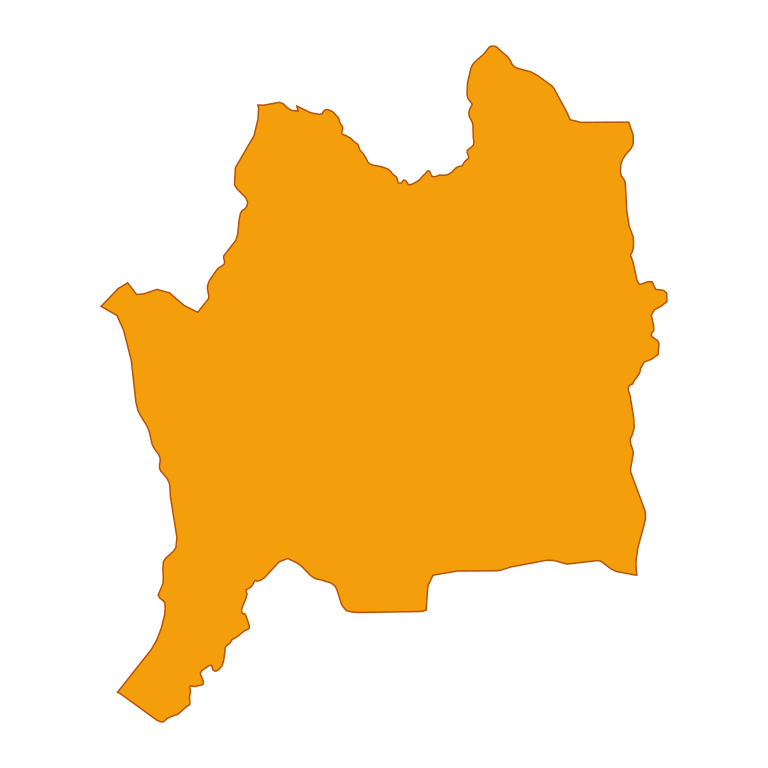 the Department of Dix-Huit Montagnes
{"feature_id": "CIV-3441", "entity_name": "Dix-Huit Montagnes", "entity_type": "Department", "adm_level": 1, "iso_a3": "CIV", "parent_name": "Ivory Coast", "parent_adm1": "", "projection": "robinson", "projection_center": [-7.745, 7.377], "detail": "fine", "context": "isolated", "style": "filled", "palette": "amber", "viewbox_px": 768, "rotation_deg": 0, "n_neighbors": 0, "source": "natural_earth", "source_scale": "10m", "svg_char_len": 4795}
<svg xmlns="http://www.w3.org/2000/svg" viewBox="0 0 768 768"><path d="M298.0,111.0L296.8,106.0L303.9,109.5L310.8,112.8L319.6,114.4L322.1,113.9L323.4,111.5L325.0,109.9L327.7,109.5L332.6,111.6L338.0,117.3L338.3,117.6L339.0,119.5L339.5,121.5L340.3,123.5L342.5,126.6L342.8,128.5L342.4,130.2L341.7,131.9L341.9,133.6L343.2,134.7L345.9,135.5L347.7,136.7L349.7,137.6L351.3,138.8L354.0,141.6L355.7,142.9L357.7,144.1L358.6,146.2L359.3,148.5L360.2,150.5L362.9,153.3L364.0,154.9L367.1,160.3L367.9,162.1L369.9,164.0L373.8,165.3L381.5,166.7L387.9,169.0L390.7,171.4L392.3,173.7L393.9,175.2L396.0,176.6L397.1,178.5L398.2,182.6L399.6,183.4L401.1,183.0L403.8,179.9L405.4,180.4L406.5,181.7L407.6,183.4L408.7,184.7L410.7,184.6L413.3,183.6L419.1,180.2L423.2,175.5L425.2,173.9L426.4,172.2L427.6,170.9L428.8,170.8L430.1,172.2L430.9,174.4L431.9,176.2L433.6,176.7L436.4,176.4L439.7,174.9L442.9,175.3L445.7,175.1L448.3,174.4L452.0,172.0L455.7,168.1L457.2,167.1L459.2,166.3L461.6,166.2L463.2,164.1L464.3,162.2L465.6,160.7L466.8,159.6L468.1,158.7L468.8,157.4L468.4,155.8L467.7,154.1L467.1,152.3L467.3,150.6L468.6,149.2L470.6,147.8L473.2,145.3L473.9,143.1L473.8,140.8L473.3,138.5L472.9,125.2L472.5,123.3L472.1,122.0L469.7,117.4L469.4,116.6L469.0,115.1L468.9,112.7L469.3,110.4L470.0,108.5L471.7,105.6L472.1,104.8L471.9,104.0L471.3,102.9L469.1,100.1L468.0,98.4L467.3,96.2L467.0,93.6L467.5,82.9L470.9,68.4L472.2,65.5L473.0,64.2L474.1,62.8L476.8,60.1L482.7,55.1L485.3,52.3L487.6,49.1L489.0,47.5L491.0,46.2L494.3,46.1L496.9,47.1L502.7,52.7L506.7,55.9L508.6,58.1L510.1,60.1L511.9,63.9L513.1,65.6L515.1,67.2L518.0,68.5L531.2,72.0L537.5,75.5L551.4,85.5L552.8,86.9L554.0,88.6L566.7,111.9L570.1,119.7L581.2,122.4L628.7,122.1L633.3,135.3L633.2,144.0L630.7,149.1L626.9,153.1L623.0,158.6L621.6,161.8L620.8,164.6L620.4,171.5L621.2,175.8L624.6,180.4L625.3,183.4L626.8,211.3L629.2,226.2L633.3,237.4L633.6,242.3L633.4,246.9L632.5,251.2L630.5,255.2L633.0,262.0L637.1,280.8L639.6,284.6L647.9,281.7L652.1,281.7L655.6,289.3L663.7,290.4L666.7,293.1L666.9,301.6L661.3,306.1L654.6,309.6L651.3,315.1L653.5,325.3L653.9,329.7L653.5,331.1L652.6,331.9L651.7,333.0L651.3,335.6L652.4,337.1L657.5,340.5L659.0,343.0L658.1,354.5L651.6,359.2L644.3,362.0L640.8,367.9L639.7,372.7L637.1,376.9L634.5,380.2L632.6,384.0L630.8,384.7L629.0,385.9L628.2,388.5L628.6,391.3L630.1,395.8L633.6,417.2L634.3,427.6L632.0,435.1L630.1,439.6L630.8,444.3L632.5,448.8L633.4,452.8L630.8,467.4L630.6,471.9L645.1,511.1L645.6,517.6L644.4,523.7L637.8,548.0L636.0,561.5L636.0,566.3L636.8,575.1L634.2,574.9L616.5,571.5L611.0,568.9L601.7,561.8L599.9,560.8L596.0,560.7L567.1,564.1L554.4,560.6L552.1,560.4L546.9,560.2L511.6,566.8L500.9,570.1L497.0,570.8L457.3,571.0L433.0,575.2L428.3,585.1L427.7,588.0L426.1,610.3L421.1,611.5L358.1,612.5L351.9,612.0L346.5,610.7L343.1,606.9L341.4,604.1L337.2,590.6L335.4,586.6L333.5,584.7L330.7,582.9L321.6,580.0L316.3,579.0L313.5,577.6L310.3,575.3L302.3,567.0L299.3,564.5L297.4,563.2L287.7,558.5L279.3,561.7L264.4,577.8L260.2,580.4L257.1,581.2L255.1,580.6L254.0,581.9L253.0,584.1L251.4,586.7L249.3,588.2L246.4,589.6L245.9,591.0L247.1,593.9L245.5,599.6L242.4,606.8L241.7,609.5L241.7,611.7L242.3,613.3L243.5,613.7L244.8,613.9L245.8,615.4L249.4,625.8L249.1,628.4L247.6,629.5L245.3,630.4L242.3,632.3L238.8,635.5L234.4,638.4L232.2,639.5L230.1,642.9L225.8,646.5L225.0,648.3L224.9,652.5L223.5,661.2L222.0,665.9L219.0,669.3L216.7,670.9L214.6,671.1L213.2,670.2L212.4,668.6L212.2,666.7L211.4,665.4L209.1,665.5L201.6,670.8L200.3,673.2L200.7,674.9L203.2,680.9L203.4,683.8L202.1,684.9L198.2,685.6L196.4,686.2L194.5,686.6L190.5,685.9L189.6,686.9L190.4,690.4L190.5,692.7L189.7,695.5L189.5,697.9L189.8,700.1L189.9,702.2L189.6,704.8L186.8,706.4L177.7,714.5L175.1,715.0L170.4,716.9L167.3,718.5L163.2,721.9L160.4,721.8L156.9,720.2L120.0,693.4L117.5,692.3L151.3,649.5L156.7,640.1L161.4,627.8L164.6,614.9L165.2,608.9L164.9,603.1L163.1,600.7L160.0,598.3L158.2,595.1L163.0,583.3L163.3,576.6L162.9,569.6L163.3,562.0L165.4,558.4L173.1,551.6L175.9,547.6L176.9,537.3L170.4,496.5L169.9,486.1L168.9,482.1L166.6,477.7L161.0,471.4L159.7,468.7L159.4,466.0L160.2,460.6L160.0,457.7L158.5,454.4L154.0,448.0L152.2,444.6L149.2,431.4L146.8,425.7L140.4,415.4L137.9,410.3L135.9,402.0L131.3,360.6L123.7,330.4L116.9,315.4L101.1,306.4L118.2,288.5L127.7,282.9L136.7,294.5L143.7,293.9L157.1,289.4L169.7,293.0L184.0,305.5L197.7,312.3L208.5,298.6L208.7,295.6L207.4,288.6L207.6,285.4L209.4,280.5L216.9,269.7L218.6,268.0L222.9,265.3L224.4,263.6L224.6,261.8L223.6,257.6L223.8,255.8L235.9,240.2L237.7,234.0L239.1,219.7L240.6,212.9L242.3,210.5L244.8,208.8L246.9,206.5L247.6,202.2L245.7,197.5L237.3,189.3L234.5,184.9L235.4,167.7L254.1,135.6L258.0,119.0L258.6,108.6L257.9,105.0L263.6,105.2L279.4,102.3L283.1,103.6L286.7,107.2L291.3,110.4L298.0,111.0Z" fill="#f59e0b" stroke="#b45309" stroke-width="1.5"/></svg>